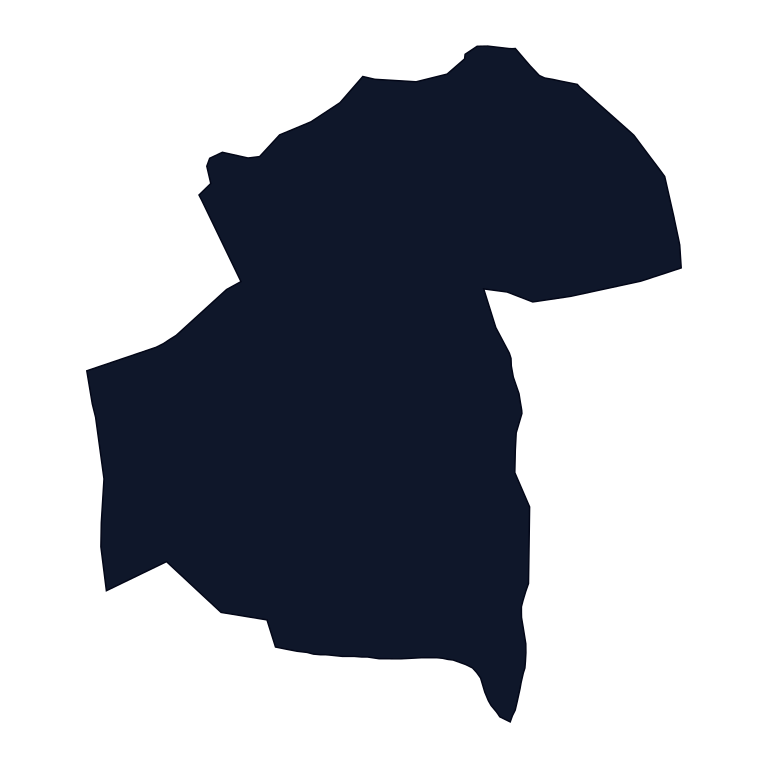 Monabbih, Sa`dah, Yemen (orthographic projection)
{"feature_id": "15242507B74434260486712", "entity_name": "Monabbih", "entity_type": "district", "adm_level": 2, "iso_a3": "YEM", "parent_name": "Yemen", "parent_adm1": "Sa`dah", "projection": "orthographic", "projection_center": [43.298, 17.17], "detail": "fine", "context": "isolated", "style": "filled", "palette": "ink", "viewbox_px": 768, "rotation_deg": 0, "n_neighbors": 0, "source": "geoboundaries", "source_scale": "gbopen_adm2", "svg_char_len": 2107}
<svg xmlns="http://www.w3.org/2000/svg" viewBox="0 0 768 768"><path d="M515.3,48.5L512.6,48.7L509.2,48.6L487.7,46.1L477.1,46.3L465.1,54.3L464.6,58.9L447.1,74.1L416.1,81.8L408.1,81.3L374.8,79.3L362.8,76.5L340.0,102.7L311.0,121.8L281.8,134.0L279.6,134.9L259.6,156.6L251.5,157.6L248.0,158.0L222.4,152.3L209.7,158.3L206.8,166.2L210.8,183.5L199.0,195.0L201.8,200.4L241.0,281.6L240.1,282.1L237.9,283.3L226.6,289.5L176.2,335.4L173.5,337.1L169.8,339.4L163.5,343.6L155.9,347.4L155.3,347.6L154.9,347.7L86.8,370.8L92.3,403.9L95.6,417.2L104.0,478.9L101.3,522.8L100.9,546.8L106.4,590.7L166.5,561.6L179.6,573.8L203.1,595.7L221.1,612.4L267.0,619.9L275.5,647.0L286.4,649.2L296.3,651.1L296.8,651.2L297.5,651.3L307.1,652.4L313.4,654.1L317.0,654.4L320.3,654.7L325.4,654.7L329.1,655.0L342.5,656.4L347.6,656.4L354.5,656.4L361.9,657.0L367.6,657.0L379.0,658.7L386.4,658.7L394.4,658.8L400.6,658.8L408.6,658.4L421.7,657.7L426.8,657.7L436.5,657.7L438.0,657.8L442.8,658.3L447.9,659.4L453.1,660.0L465.6,664.5L472.5,667.9L476.6,672.4L478.7,675.3L479.6,676.6L480.6,678.0L484.8,692.1L487.8,699.3L488.1,700.0L488.4,700.7L491.2,705.6L496.4,711.8L498.1,714.2L499.8,716.8L510.2,721.9L512.4,715.7L515.2,710.1L517.3,701.1L520.0,688.8L521.1,682.6L523.3,673.0L524.9,668.0L525.4,661.8L525.9,652.8L525.8,643.8L523.1,627.0L522.2,621.7L521.5,617.4L521.4,612.3L521.4,606.7L523.0,600.5L525.7,591.5L528.5,583.5L529.6,506.9L514.8,472.6L515.3,450.2L516.2,432.8L521.9,413.5L521.7,410.3L521.6,409.7L521.1,406.6L520.3,402.0L519.0,393.7L513.3,377.1L511.3,366.0L511.0,358.4L509.4,353.4L509.3,353.1L495.8,327.6L483.7,288.9L507.1,292.0L532.7,301.9L533.5,301.8L536.6,301.4L537.8,301.2L570.8,296.3L620.7,285.5L640.6,281.2L648.5,278.7L654.3,276.7L654.8,276.6L681.2,267.9L679.7,244.8L679.4,243.6L679.3,242.9L678.3,238.0L674.4,219.6L674.3,219.2L674.1,217.9L664.7,176.5L660.0,170.1L656.7,165.7L650.5,157.5L633.9,135.3L631.5,133.1L598.4,103.7L598.2,103.5L585.3,92.0L579.7,87.1L577.3,84.4L560.2,81.0L552.8,79.4L544.7,78.0L539.3,75.5L538.9,75.1L530.8,66.5L530.2,65.9L524.7,59.5L523.0,57.5L518.9,52.7L515.3,48.5Z" fill="#0f172a" stroke="#020617" stroke-width="1.5"/></svg>